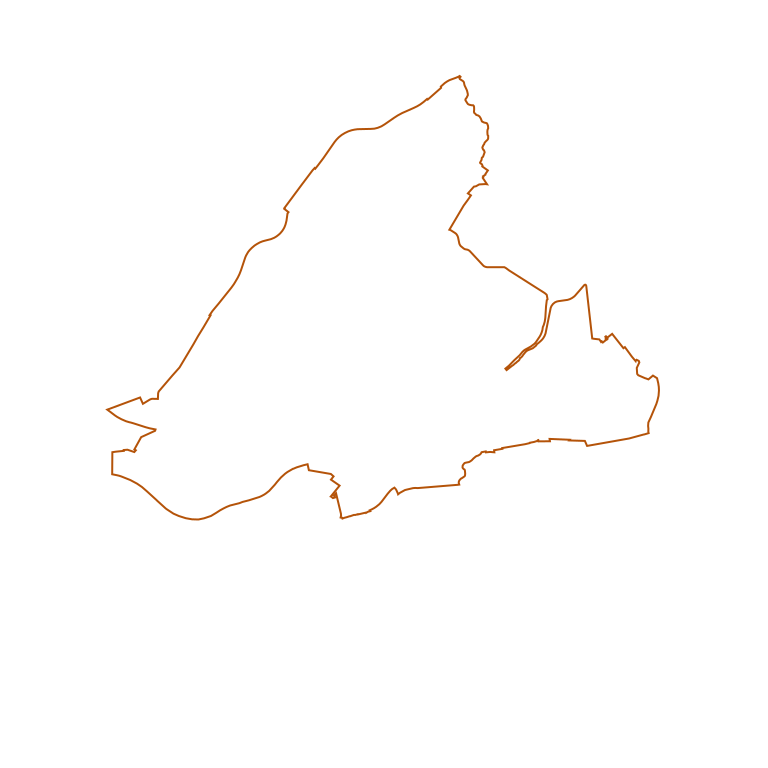 Parramatta, New South Wales, Australia, rotated 318°
{"feature_id": "25037944B24816754384688", "entity_name": "Parramatta", "entity_type": "district", "adm_level": 2, "iso_a3": "AUS", "parent_name": "Australia", "parent_adm1": "New South Wales", "projection": "albers", "projection_center": [151.053, -33.808], "detail": "fine", "context": "isolated", "style": "outline", "palette": "amber", "viewbox_px": 768, "rotation_deg": 318, "n_neighbors": 0, "source": "geoboundaries", "source_scale": "gbopen_adm2", "svg_char_len": 6166}
<svg xmlns="http://www.w3.org/2000/svg" viewBox="0 0 768 768"><g transform="rotate(318 384 384)"><path d="M131.2,285.6L133.8,292.8L135.2,298.6L136.0,305.1L137.3,318.1L137.3,318.7L138.5,330.5L138.8,331.9L140.8,339.5L143.2,344.8L146.9,351.1L150.8,356.1L155.4,360.5L160.4,363.4L167.1,366.3L173.3,367.5L177.7,368.2L181.5,369.1L184.7,370.0L188.3,371.3L196.8,375.8L200.0,377.0L205.7,380.0L215.8,384.6L218.0,385.3L220.9,386.0L222.9,386.3L227.2,386.6L235.4,385.8L239.0,385.2L244.9,384.5L250.5,384.5L253.4,384.8L259.6,386.1L259.8,386.3L263.3,387.5L269.8,390.5L273.5,392.5L270.5,397.8L284.3,415.3L284.7,418.9L280.6,419.6L283.0,429.8L269.2,432.0L269.4,432.4L269.7,434.6L271.6,435.5L272.2,434.3L272.1,433.6L275.2,433.2L265.2,451.6L264.0,453.1L262.4,454.2L262.8,454.8L263.4,455.4L263.1,456.2L265.0,456.9L267.1,458.0L270.0,459.3L270.3,459.6L273.9,461.1L275.2,462.2L277.4,463.2L277.3,463.5L284.6,467.5L284.5,467.8L286.6,468.2L288.7,469.3L288.9,468.3L291.1,469.0L293.5,469.6L296.1,470.0L300.1,470.2L303.3,469.9L313.3,468.0L317.3,467.5L319.7,467.5L322.4,468.0L322.4,470.0L322.2,471.1L321.0,474.8L320.7,475.4L322.9,475.5L328.5,476.8L329.7,477.4L335.9,480.8L337.6,482.1L339.4,483.9L371.0,508.0L372.6,509.1L373.3,507.7L373.8,507.0L374.7,506.4L375.8,506.0L377.8,505.8L378.9,506.1L382.0,506.5L382.6,506.4L383.1,506.1L384.3,505.0L386.1,502.6L386.5,501.9L386.6,501.4L386.3,500.6L386.3,500.0L386.3,499.2L386.5,498.6L387.7,497.4L388.4,497.1L390.3,496.7L391.1,496.7L392.5,497.4L395.0,498.9L396.4,499.2L398.1,499.4L400.6,499.2L403.7,499.3L404.6,499.5L406.1,500.2L408.2,500.6L409.5,500.5L410.9,500.0L414.5,502.2L414.0,503.0L417.4,505.5L420.3,508.6L421.5,506.9L428.6,511.4L429.0,510.7L448.5,523.1L452.7,525.4L453.0,525.2L456.6,527.4L460.1,529.0L460.2,528.8L460.7,528.7L461.1,528.9L460.4,530.0L460.9,530.4L469.0,537.6L470.3,535.6L484.7,549.7L483.9,549.9L495.2,560.7L493.5,565.9L529.7,588.5L543.0,595.2L543.8,595.7L547.8,597.6L548.6,596.2L550.6,594.1L552.2,591.9L554.7,589.5L560.3,587.1L573.0,581.1L575.9,579.4L580.1,576.5L584.0,572.8L586.3,570.0L588.4,566.8L590.8,562.4L589.5,557.7L583.6,557.5L582.3,555.0L581.9,554.4L578.8,547.6L578.9,545.9L582.6,541.2L588.2,538.8L588.8,537.3L587.9,535.0L586.9,535.0L586.3,535.4L586.5,529.5L587.7,517.8L585.9,517.6L587.1,499.4L581.3,499.0L580.3,500.1L579.2,500.1L579.1,499.9L579.1,499.7L579.8,498.9L580.0,498.8L580.6,498.8L580.7,498.7L580.8,498.5L580.5,498.3L580.4,498.0L581.0,497.4L581.0,497.2L580.8,497.0L580.5,497.0L580.1,497.0L579.9,497.8L577.9,499.8L574.3,499.6L574.2,499.3L574.4,497.7L574.0,497.4L573.5,497.6L573.9,495.0L570.2,490.8L569.2,489.5L599.9,446.5L600.2,445.8L600.2,445.1L599.8,444.7L599.1,444.5L585.1,446.2L583.5,446.2L581.1,445.9L578.9,445.3L576.7,444.3L568.8,439.0L567.5,438.3L565.6,437.7L563.1,437.6L560.7,438.1L558.9,438.9L537.9,454.5L535.5,455.7L533.0,456.5L531.2,456.8L529.3,456.9L526.9,456.9L524.0,456.7L523.4,456.9L523.0,457.2L518.5,457.0L512.9,455.0L510.7,454.9L506.8,455.5L505.3,455.9L503.3,456.0L502.5,455.7L501.0,456.5L499.8,456.7L497.4,456.5L496.3,456.6L495.3,456.4L492.5,456.4L491.7,456.2L484.4,455.7L484.5,453.8L489.0,454.0L496.5,453.5L504.2,453.4L508.0,452.8L510.3,452.7L511.9,452.9L515.2,453.7L518.3,454.4L522.9,454.8L525.1,454.5L531.5,452.9L533.5,452.2L535.6,451.2L537.8,449.9L540.1,448.0L542.1,447.1L545.2,445.2L548.1,442.8L556.5,434.6L561.1,430.6L562.2,430.5L562.6,429.9L564.5,426.8L564.6,426.3L564.3,424.1L553.0,383.5L552.2,379.5L551.6,377.7L538.7,366.1L537.7,364.7L537.1,363.2L537.0,362.1L536.7,342.6L536.5,341.5L536.0,340.2L534.3,337.9L533.9,336.7L533.3,332.8L533.5,331.3L533.9,330.1L537.2,324.5L537.7,323.2L538.0,321.8L538.1,320.6L537.8,319.1L536.5,314.4L536.1,313.6L535.8,313.1L562.6,304.7L569.8,303.2L574.8,302.0L573.9,298.5L582.9,297.5L584.7,298.6L588.3,299.4L593.2,303.3L594.2,304.5L595.3,296.9L596.5,296.6L596.6,295.9L599.5,296.3L599.9,295.8L604.1,294.8L602.6,288.1L603.3,287.7L603.6,286.7L603.8,286.3L603.3,284.4L603.5,283.8L603.7,283.7L606.5,282.7L608.0,281.4L608.4,281.3L609.3,281.4L609.8,281.3L613.9,279.1L614.5,277.7L614.7,276.9L614.5,276.3L614.8,275.3L615.1,274.5L615.5,273.9L616.4,273.6L617.3,273.1L618.8,272.8L620.3,272.0L622.4,271.8L624.0,271.8L625.0,271.6L625.7,271.2L627.5,269.3L627.6,268.3L627.9,267.8L629.6,265.7L631.0,264.4L632.5,263.7L634.0,261.8L634.7,260.1L634.9,259.1L634.7,258.6L633.3,256.6L632.5,254.6L632.5,254.3L633.6,251.4L634.0,249.1L633.7,247.6L632.6,245.7L632.7,244.7L632.5,242.9L632.9,242.0L634.7,240.3L636.3,238.4L636.7,237.7L636.8,237.1L636.7,236.4L636.1,236.0L635.5,235.3L634.3,233.6L633.8,232.5L633.7,231.9L633.8,231.1L634.3,228.1L634.5,227.4L635.1,226.9L637.4,226.4L638.1,226.0L639.4,225.6L640.3,224.6L641.2,223.0L641.9,221.7L642.3,220.7L643.7,216.0L644.5,214.5L645.1,213.6L645.3,213.1L645.4,212.3L645.3,211.4L644.4,208.2L644.6,207.4L644.8,207.1L645.2,207.0L646.4,206.9L646.3,205.7L644.5,205.3L642.2,204.5L636.0,202.0L633.4,201.4L630.5,201.0L625.2,201.0L624.6,202.1L606.8,201.9L606.8,201.0L602.2,200.9L598.0,200.5L594.5,199.8L590.7,198.7L578.8,194.8L573.8,193.6L569.4,192.9L558.4,191.5L554.6,190.8L553.4,190.4L550.7,189.4L547.7,187.8L544.9,185.6L534.9,177.0L532.4,175.3L529.8,173.8L526.6,172.4L522.9,171.3L519.2,170.6L515.4,170.4L512.3,170.6L509.2,171.1L490.0,175.6L481.2,177.3L477.0,178.0L477.0,177.1L473.9,177.4L456.9,180.7L427.7,186.6L427.8,187.0L427.1,187.2L428.0,192.4L426.4,192.7L420.8,197.4L417.5,199.6L414.7,201.0L412.6,201.7L410.6,202.2L407.6,202.6L405.6,202.6L402.9,202.4L400.3,201.9L396.9,200.7L391.6,197.9L389.2,196.7L386.5,195.7L383.0,194.9L380.4,194.5L376.8,194.4L373.7,194.6L371.3,195.0L367.6,196.2L365.6,197.1L353.8,203.8L350.0,205.7L346.5,207.1L341.8,208.6L339.1,209.4L334.9,210.3L314.9,213.6L305.7,214.9L300.5,216.1L301.0,216.9L288.0,221.0L277.8,224.0L268.8,227.0L243.1,234.9L232.3,236.1L211.6,238.8L210.0,239.7L206.0,243.8L202.8,240.8L201.7,239.8L201.0,239.4L199.6,238.9L191.6,237.4L193.7,230.8L161.2,217.9L163.0,227.2L163.7,230.0L165.3,234.5L167.4,239.1L169.1,241.9L170.1,243.3L171.7,245.9L178.0,256.7L180.2,260.1L183.8,264.9L182.6,265.6L168.0,261.0L154.7,265.6L155.2,267.2L152.9,267.5L149.4,261.2L146.4,258.9L145.9,259.6L139.5,254.9L136.5,252.9L121.6,269.2L124.5,273.1L125.8,275.0L126.9,276.9L131.2,285.6Z" fill="none" stroke="#b45309" stroke-width="2"/></g></svg>